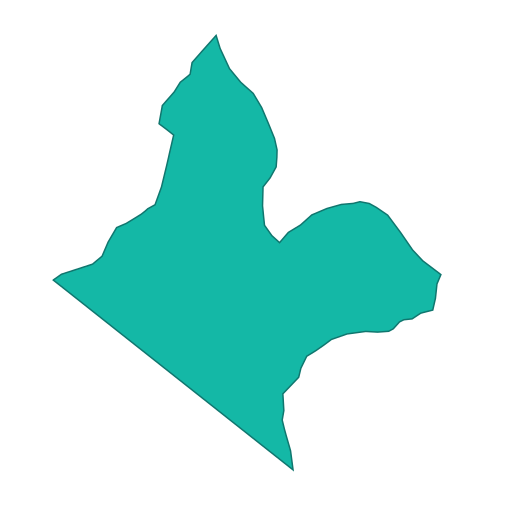 Biltine, Wadi Fira, Chad (Mercator projection), rotated 309°
{"feature_id": "50815135B98948114650625", "entity_name": "Biltine", "entity_type": "district", "adm_level": 2, "iso_a3": "TCD", "parent_name": "Chad", "parent_adm1": "Wadi Fira", "projection": "mercator", "projection_center": [20.967, 14.969], "detail": "fine", "context": "isolated", "style": "filled", "palette": "teal", "viewbox_px": 512, "rotation_deg": 309, "n_neighbors": 0, "source": "geoboundaries", "source_scale": "gbopen_adm2", "svg_char_len": 1394}
<svg xmlns="http://www.w3.org/2000/svg" viewBox="0 0 512 512"><g transform="rotate(309 256 256)"><path d="M113.1,419.4L113.3,419.2L126.3,405.5L129.2,401.4L135.4,392.5L139.5,386.8L145.0,379.6L153.4,374.9L165.8,363.6L188.6,365.5L197.0,361.5L210.0,358.5L219.9,362.0L229.9,364.9L238.6,367.1L252.7,375.8L266.4,388.7L273.4,398.4L281.0,406.5L285.8,408.5L295.1,409.0L298.4,410.5L299.5,411.0L305.4,416.9L312.1,419.0L315.2,420.0L317.3,421.5L325.2,427.4L336.0,422.1L348.2,414.2L357.9,411.4L357.2,388.7L359.2,374.0L365.2,353.7L370.6,332.6L369.5,319.0L368.1,311.0L363.6,302.6L358.1,298.5L349.8,289.9L337.5,281.2L323.0,273.5L308.1,271.1L294.7,266.3L281.2,265.9L281.8,255.5L285.2,243.3L290.9,237.6L299.1,229.5L314.1,218.0L325.6,217.8L337.9,215.6L345.7,210.2L351.7,205.6L359.0,196.4L366.6,182.6L374.9,167.0L380.6,151.5L380.9,145.3L381.1,140.6L381.4,134.8L384.9,117.5L390.5,106.1L394.7,97.5L402.3,86.2L381.3,85.2L366.1,84.6L360.4,87.8L355.8,90.4L353.0,89.9L343.4,87.8L332.0,89.2L314.0,88.5L311.7,89.8L297.8,97.4L297.8,98.6L298.1,107.0L298.2,115.9L282.2,123.7L277.2,126.2L270.0,129.7L252.5,138.0L250.2,139.1L232.3,145.3L224.7,142.2L224.4,142.1L224.1,142.1L221.1,141.6L216.2,140.5L207.9,137.6L201.2,135.2L199.5,134.6L196.9,133.2L190.4,129.8L173.9,132.3L159.0,136.5L146.8,134.1L119.4,116.3L109.9,113.6L109.7,113.6L109.9,128.6L112.2,337.3L113.1,419.4Z" fill="#14b8a6" stroke="#0f766e" stroke-width="1.5"/></g></svg>